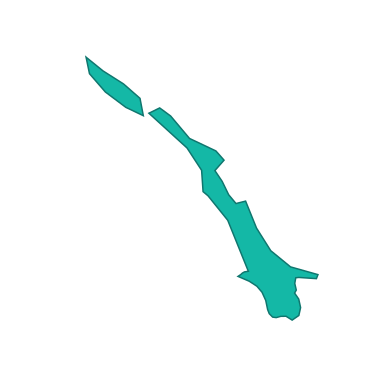 outline of Exuma, rotated 201°
{"feature_id": "BHS-5024", "entity_name": "Exuma", "entity_type": "District", "adm_level": 1, "iso_a3": "BHS", "parent_name": "The Bahamas", "parent_adm1": "", "projection": "mercator", "projection_center": [-75.857, 23.545], "detail": "fine", "context": "isolated", "style": "filled", "palette": "teal", "viewbox_px": 384, "rotation_deg": 201, "n_neighbors": 0, "source": "natural_earth", "source_scale": "10m", "svg_char_len": 810}
<svg xmlns="http://www.w3.org/2000/svg" viewBox="0 0 384 384"><g transform="rotate(201 192 192)"><path d="M181.8,196.3L190.8,215.7L212.4,231.3L260.5,250.1L252.3,258.9L239.2,255.3L213.5,241.1L184.4,238.9L173.5,233.2L178.3,220.2L167.6,212.7L156.8,202.6L146.8,197.0L138.7,202.7L118.8,181.4L97.4,165.4L73.2,157.4L44.8,160.0L44.8,155.7L61.7,150.5L64.4,149.1L63.3,143.5L59.5,137.8L60.0,134.4L54.0,130.3L49.2,123.0L48.0,115.0L52.6,108.3L59.7,109.7L64.6,107.7L68.4,104.9L71.9,104.1L76.3,106.1L79.3,109.4L84.3,117.2L90.7,123.5L97.7,127.3L106.6,129.2L118.8,129.7L116.9,132.4L115.9,134.4L114.4,136.2L111.0,138.2L148.5,178.4L175.7,194.2L181.8,196.3ZM264.8,245.8L284.1,247.3L308.7,254.3L330.1,265.7L339.2,279.9L318.6,273.2L294.5,268.3L274.1,260.8L264.8,245.8Z" fill="#14b8a6" stroke="#0f766e" stroke-width="1.5"/></g></svg>